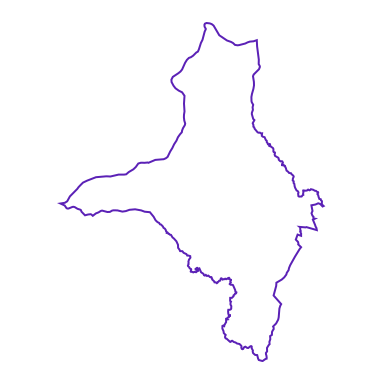 outline of Apía, Risaralda, Colombia
{"feature_id": "7082276B94822224819710", "entity_name": "Apía", "entity_type": "district", "adm_level": 2, "iso_a3": "COL", "parent_name": "Colombia", "parent_adm1": "Risaralda", "projection": "natural_earth1", "projection_center": [-75.959, 5.139], "detail": "fine", "context": "isolated", "style": "outline", "palette": "violet", "viewbox_px": 384, "rotation_deg": 0, "n_neighbors": 0, "source": "geoboundaries", "source_scale": "gbopen_adm2", "svg_char_len": 6043}
<svg xmlns="http://www.w3.org/2000/svg" viewBox="0 0 384 384"><path d="M323.6,206.0L322.3,204.8L321.7,203.3L322.0,201.8L321.7,200.8L321.0,200.3L320.7,199.2L319.4,199.0L318.6,197.0L318.2,195.2L317.4,194.0L318.2,192.8L318.0,192.1L316.8,191.7L316.0,190.9L314.7,190.7L313.3,189.8L310.9,189.2L310.2,190.0L309.4,190.3L308.1,189.6L307.0,190.5L305.6,190.7L303.3,190.4L303.1,190.9L303.6,191.5L303.1,193.4L303.3,194.9L302.7,195.1L301.6,196.5L299.1,196.6L298.4,196.1L298.1,193.6L298.5,192.8L298.4,192.2L297.6,191.0L296.6,190.5L295.3,188.1L294.7,186.5L294.3,183.8L293.6,183.0L293.7,181.3L292.7,180.5L292.9,178.5L293.7,176.7L293.5,176.0L292.5,174.9L291.6,174.3L291.1,173.3L289.0,172.9L288.4,172.0L286.5,170.5L285.9,168.1L285.5,167.5L285.0,166.0L284.4,166.1L283.7,164.9L282.4,165.3L282.0,165.2L282.0,164.2L282.9,162.7L282.4,161.5L281.9,161.2L280.7,161.4L280.0,161.0L278.8,159.8L278.6,158.3L278.2,157.7L275.1,155.9L274.6,154.6L275.0,152.8L274.7,152.3L273.8,152.1L273.4,151.5L273.4,149.0L273.0,148.1L270.8,146.5L269.3,146.0L269.3,145.6L270.2,145.2L269.9,144.1L269.4,144.0L268.4,144.6L267.9,144.2L267.4,142.8L266.8,142.2L266.7,140.7L265.8,140.0L264.6,137.2L262.6,136.6L261.8,135.8L262.1,133.3L260.8,133.4L259.9,132.6L258.5,132.7L257.6,132.3L254.6,128.7L254.2,127.3L253.4,126.7L253.4,124.9L252.7,123.2L254.4,120.1L253.2,118.9L251.8,114.0L251.9,112.7L252.9,109.9L252.6,107.2L253.2,104.8L251.8,102.3L251.5,101.1L251.4,97.0L252.0,93.8L253.4,88.9L254.0,85.3L253.9,81.9L253.0,76.2L253.7,74.5L259.0,69.2L259.9,66.9L259.7,65.9L258.7,64.1L258.8,59.6L257.1,46.3L256.8,40.2L253.5,41.3L249.9,41.6L247.5,42.4L245.3,43.5L239.1,45.1L237.6,45.3L235.0,44.9L233.0,43.0L231.0,41.9L227.0,40.5L219.3,35.3L213.6,25.6L211.7,24.1L209.8,23.4L206.5,23.0L204.9,23.7L204.4,24.9L204.6,26.7L205.8,28.9L205.7,29.4L204.7,31.5L202.5,39.8L200.9,43.0L198.9,49.3L197.9,51.6L196.3,52.5L193.1,55.7L190.9,57.2L188.9,57.9L186.9,59.9L185.1,62.8L182.1,69.5L180.5,71.5L178.4,73.2L172.8,76.9L171.4,79.7L171.6,82.1L173.5,85.7L175.5,88.3L178.7,90.6L182.1,92.3L184.5,95.8L184.0,103.6L184.5,111.5L184.0,114.6L183.9,117.3L184.3,120.6L185.2,123.6L184.8,125.2L183.0,128.2L182.1,130.5L181.8,132.3L180.0,134.3L177.9,137.3L176.5,140.6L174.1,144.3L172.3,148.1L170.2,151.5L167.6,156.9L165.8,158.3L163.7,159.2L155.3,159.9L148.4,162.8L147.6,162.5L144.7,162.8L141.0,162.7L138.3,163.5L135.8,167.0L133.4,169.3L128.7,172.1L126.2,174.3L124.0,174.6L118.6,174.6L110.4,176.5L106.4,176.3L96.0,177.2L87.2,180.6L83.0,182.6L80.4,185.2L78.5,187.2L77.3,188.9L69.9,196.4L67.2,201.3L64.8,202.8L60.4,203.5L64.7,205.5L66.4,208.0L67.2,208.5L68.6,208.5L72.5,206.9L73.7,206.8L74.9,207.2L77.5,208.8L80.3,209.7L80.9,210.1L81.5,211.7L85.0,215.3L88.1,214.5L90.7,214.2L91.5,214.6L92.8,215.8L95.9,213.4L98.5,212.4L100.9,210.9L102.1,210.6L107.4,212.0L109.9,211.9L112.1,210.6L113.6,210.3L117.4,210.4L122.4,211.6L125.8,211.1L129.5,209.8L135.1,209.3L141.2,210.4L144.7,211.7L149.9,212.2L153.6,216.7L155.6,220.3L157.5,222.1L159.1,222.9L160.0,224.3L161.1,224.6L162.9,226.5L163.5,227.8L164.9,228.7L165.7,229.9L166.1,231.3L166.7,231.7L166.7,232.9L167.8,232.8L168.5,233.9L169.2,233.9L169.9,234.7L171.0,234.9L172.5,237.4L173.9,238.5L176.4,241.3L178.0,244.8L178.1,247.8L179.5,249.7L180.1,251.1L182.4,251.2L183.6,252.8L186.4,254.1L187.3,255.6L188.3,255.5L190.2,256.1L190.4,257.7L189.0,259.6L188.4,261.7L188.6,262.7L188.4,263.5L188.6,264.0L187.9,265.5L188.1,266.2L189.2,267.2L189.7,268.4L190.9,268.9L191.2,269.4L190.7,271.6L190.9,271.8L192.6,271.9L193.2,272.4L194.4,271.9L196.1,272.2L197.1,271.3L198.1,270.9L198.1,270.5L198.0,270.0L195.7,269.7L195.5,269.0L196.9,267.9L197.4,267.9L198.2,268.9L199.4,268.4L201.1,272.3L203.4,273.8L204.0,275.2L204.9,275.6L205.8,274.9L207.0,276.0L208.3,275.6L209.9,277.0L211.4,277.1L211.7,277.5L211.6,278.2L212.2,278.9L212.2,279.5L214.1,281.3L214.5,282.3L215.6,282.3L216.8,283.2L217.4,282.8L217.7,282.0L218.4,281.8L219.1,280.8L220.2,280.6L220.8,278.6L221.2,278.3L221.6,278.4L222.7,279.6L223.8,279.1L224.7,279.2L225.2,278.7L226.2,279.2L227.1,278.7L228.0,278.8L228.2,278.0L229.0,277.8L229.3,278.1L229.7,279.3L231.0,279.8L231.0,280.3L230.3,281.3L230.8,282.5L230.0,283.3L229.7,284.0L230.5,284.7L232.2,284.8L233.0,285.1L235.2,290.1L235.4,291.6L236.4,292.3L236.2,293.1L235.7,293.6L235.0,293.7L234.5,294.6L233.5,295.4L233.5,296.3L231.8,297.9L230.2,297.9L230.1,300.9L231.0,301.7L230.5,302.7L230.5,304.6L231.3,306.1L231.2,308.7L230.8,309.3L229.8,309.8L228.3,309.8L228.1,311.1L228.3,313.9L228.7,314.5L228.8,315.5L229.0,315.1L230.0,315.1L230.0,316.0L229.4,316.2L228.9,317.2L227.5,317.7L226.9,318.7L227.6,319.4L226.6,319.6L226.4,318.9L226.1,318.9L226.1,322.2L225.3,323.4L224.8,324.5L224.4,324.8L224.2,326.1L223.1,325.6L222.4,326.0L222.4,328.7L223.5,331.1L223.8,333.1L225.7,335.0L225.1,336.1L225.1,337.5L225.7,338.4L226.6,338.7L230.0,341.8L230.6,341.9L231.5,340.9L232.3,340.8L233.8,342.0L235.6,342.5L237.0,343.5L239.5,344.0L241.3,345.8L241.5,346.6L241.3,347.7L241.8,348.9L242.5,349.2L243.2,348.9L243.9,347.5L244.7,346.9L245.4,346.7L247.2,347.9L248.2,348.0L250.4,346.3L251.1,346.1L251.7,346.5L251.7,348.3L252.9,350.5L252.7,351.6L253.1,353.1L255.1,354.9L257.2,355.1L258.1,358.6L258.8,360.0L262.3,361.0L262.8,360.9L265.6,358.9L266.6,358.7L266.7,357.6L266.4,355.5L266.0,354.4L265.9,353.0L267.1,351.4L267.0,347.9L268.7,345.1L269.6,344.2L269.4,341.9L270.3,339.2L270.1,336.1L271.9,334.9L272.0,332.0L272.8,330.3L273.6,329.3L273.7,327.9L273.1,326.5L276.1,323.5L278.2,319.6L278.7,317.3L279.4,308.6L280.3,305.7L281.2,304.1L273.6,295.5L276.2,285.9L276.4,282.7L281.7,279.6L284.2,277.4L286.3,274.6L286.8,272.8L288.6,270.1L289.0,268.1L290.2,265.2L295.0,256.6L299.6,249.1L301.1,247.2L298.2,244.4L298.4,243.4L298.0,241.9L295.8,239.6L297.6,234.6L301.1,235.8L301.1,233.4L300.5,232.5L300.6,231.6L300.3,231.3L300.7,230.9L300.3,230.1L300.2,227.4L299.6,226.9L305.6,227.4L306.4,227.1L316.8,230.1L316.4,227.9L315.6,226.6L315.2,225.2L312.9,219.7L314.9,218.7L313.7,218.5L313.3,218.0L313.5,216.8L312.4,215.6L311.5,213.2L312.5,211.0L311.4,205.3L315.5,204.5L318.2,203.3L319.7,203.8L320.6,204.4L322.6,206.5L323.6,206.0Z" fill="none" stroke="#5b21b6" stroke-width="2"/></svg>